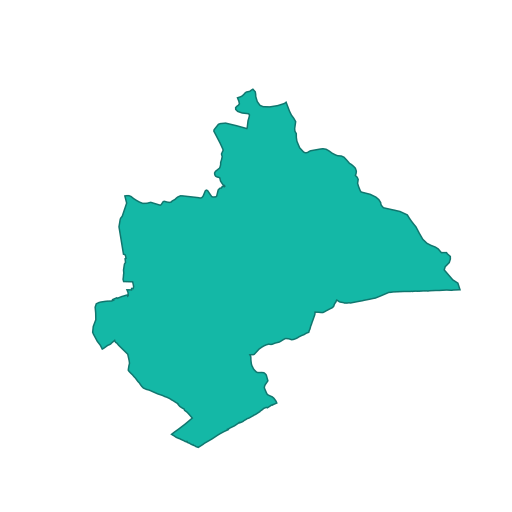 outline of Farliug, Caras-Severin, Romania, rotated 158°
{"feature_id": "2599482B98353874095060", "entity_name": "Farliug", "entity_type": "district", "adm_level": 2, "iso_a3": "ROU", "parent_name": "Romania", "parent_adm1": "Caras-Severin", "projection": "robinson", "projection_center": [21.876, 45.494], "detail": "fine", "context": "isolated", "style": "filled", "palette": "teal", "viewbox_px": 512, "rotation_deg": 158, "n_neighbors": 0, "source": "geoboundaries", "source_scale": "gbopen_adm2", "svg_char_len": 6110}
<svg xmlns="http://www.w3.org/2000/svg" viewBox="0 0 512 512"><g transform="rotate(158 256 256)"><path d="M213.9,409.6L213.9,405.9L214.4,403.3L215.8,402.4L217.6,402.0L219.3,401.2L219.9,399.5L218.8,396.9L215.3,393.8L209.6,390.7L209.2,389.3L210.1,387.7L212.7,384.4L216.0,378.4L216.8,377.6L225.4,384.2L234.4,390.6L239.4,392.1L241.5,392.2L247.5,388.8L248.3,387.6L247.0,374.2L246.7,367.8L246.8,366.4L249.8,363.5L250.1,360.8L251.8,358.3L253.7,356.0L254.6,353.9L255.9,352.1L256.9,351.1L261.8,349.7L263.2,348.6L263.6,347.6L263.7,346.8L263.7,345.9L263.5,345.1L262.4,343.8L261.0,342.8L260.3,341.9L260.8,338.9L260.5,337.0L259.8,334.0L259.0,333.4L258.8,332.7L258.8,332.3L259.2,332.1L259.6,332.9L260.3,333.0L260.5,332.7L261.4,333.0L262.2,332.2L262.6,332.0L263.8,332.3L264.3,332.3L266.3,331.4L270.0,326.3L271.1,325.9L273.6,326.7L274.6,327.4L274.9,327.9L276.4,334.8L277.4,335.7L278.6,335.4L282.3,331.6L283.3,330.9L284.5,330.4L286.0,330.6L287.6,331.7L301.5,339.2L303.5,340.1L306.5,340.0L308.2,339.5L309.9,338.8L313.2,338.4L314.5,337.8L316.2,338.1L318.4,339.4L320.4,341.0L321.6,341.2L324.6,339.2L325.7,338.9L333.5,345.2L337.3,345.7L341.3,347.2L343.8,349.6L346.0,352.3L347.9,355.0L349.6,358.0L351.2,359.5L351.6,359.7L353.3,360.4L355.1,360.8L356.1,353.5L365.1,343.0L367.4,341.7L368.3,340.6L372.1,334.4L378.2,307.3L377.3,306.6L376.9,305.9L376.9,305.1L377.4,302.5L378.4,302.5L379.4,298.9L381.0,297.8L384.1,292.6L385.1,289.4L385.6,288.7L386.9,286.1L388.0,284.2L388.3,281.9L380.1,278.3L380.3,276.5L380.9,273.5L382.1,271.8L383.5,272.5L384.1,271.2L388.3,273.0L388.3,270.1L389.3,267.1L390.0,266.9L389.6,268.0L391.3,268.3L394.0,268.5L395.6,268.7L400.4,268.7L400.7,269.4L405.1,269.3L404.7,268.4L406.9,268.4L411.0,269.9L413.1,270.5L417.4,271.5L419.2,271.7L422.0,271.5L424.3,268.8L426.0,263.2L428.4,256.9L433.3,251.6L436.0,246.5L436.0,244.4L435.1,236.3L433.8,231.7L433.4,227.3L431.7,227.5L426.9,228.7L425.0,228.7L423.6,228.9L422.6,229.4L418.7,230.7L418.8,230.0L418.5,228.6L418.4,228.3L417.8,227.7L417.1,225.7L416.9,224.9L411.7,213.0L412.8,206.5L413.3,204.5L413.6,203.7L414.9,201.9L416.6,199.1L417.2,198.0L417.1,197.3L416.8,196.3L415.9,194.0L415.0,192.1L414.3,189.8L413.6,188.2L412.5,183.9L411.6,181.7L411.4,180.3L410.8,178.0L409.9,175.8L407.5,173.3L405.8,172.1L405.0,171.4L398.8,165.0L395.0,161.8L392.9,159.5L392.0,158.9L390.0,156.8L388.7,155.2L388.4,154.5L387.0,152.9L385.5,150.7L383.8,148.4L383.7,148.2L383.9,147.8L383.0,145.1L382.4,144.2L381.9,143.5L381.1,142.3L380.1,141.4L380.0,139.6L378.8,137.7L378.2,136.5L377.2,133.8L375.8,129.6L384.6,126.7L393.0,124.4L397.2,123.4L401.1,122.3L400.4,121.3L399.2,119.8L398.2,118.2L397.7,117.5L396.9,116.8L396.6,116.4L395.3,115.2L395.0,115.1L394.5,114.3L391.7,111.4L391.2,110.6L390.4,110.0L389.6,110.0L389.4,109.9L389.6,109.0L388.5,107.9L387.7,107.3L387.2,106.4L385.8,104.8L385.2,104.7L385.3,104.4L385.2,104.2L383.7,102.8L383.1,101.8L381.9,100.8L381.6,100.5L381.2,100.5L381.1,100.2L375.6,101.2L375.1,101.4L373.8,101.7L365.2,102.9L358.9,104.2L355.9,104.7L351.5,105.2L347.0,105.4L347.2,106.0L346.2,106.0L344.3,106.3L339.6,106.6L334.9,107.6L334.0,108.0L333.4,107.9L333.3,107.7L333.4,107.4L331.3,107.4L330.0,107.5L328.8,107.9L326.4,108.2L325.4,108.5L323.0,108.4L319.4,108.9L318.1,109.0L317.9,109.1L317.7,109.3L317.0,109.2L315.6,109.3L311.6,110.1L310.8,110.2L310.6,110.4L310.2,110.6L307.5,111.2L306.0,111.8L303.3,111.8L302.8,111.5L302.4,111.0L298.4,111.7L297.9,112.0L297.2,111.8L296.7,112.0L296.5,111.6L295.5,111.8L291.8,111.9L291.8,113.0L291.9,114.3L292.7,117.4L293.7,119.3L296.7,122.4L297.4,123.6L297.5,124.3L297.6,125.3L297.7,129.9L297.6,130.7L297.5,131.1L296.4,132.6L295.1,133.6L291.9,135.7L291.7,136.0L291.1,141.7L291.2,142.4L292.1,144.4L292.9,145.1L294.5,145.9L297.6,147.1L298.5,147.6L299.1,148.3L300.2,150.9L300.6,152.2L300.9,156.0L300.7,157.7L300.1,160.1L299.5,162.1L299.0,163.3L298.6,164.5L298.6,165.6L298.7,166.7L295.3,165.5L294.5,165.5L287.9,168.6L284.9,169.3L282.3,169.7L279.2,169.8L278.4,169.6L277.3,169.6L275.7,168.6L274.6,168.2L273.6,168.1L271.0,168.1L266.8,167.5L265.0,167.7L262.9,168.1L260.0,168.5L259.0,168.2L256.5,166.9L254.3,165.0L252.6,164.6L250.8,164.5L249.5,164.5L248.0,164.6L246.9,164.9L243.2,165.2L241.1,165.1L238.2,165.6L235.7,165.5L234.5,167.0L233.4,168.0L231.1,171.1L230.8,171.2L229.6,172.6L228.8,173.6L227.4,175.1L223.7,179.3L223.2,180.0L222.3,181.8L219.2,180.5L217.0,179.3L215.7,178.7L214.9,178.5L212.7,178.7L211.6,178.9L210.3,179.0L207.4,179.3L205.8,179.4L204.6,179.5L203.6,179.9L202.9,180.2L201.3,182.0L200.5,182.6L199.2,183.4L198.5,184.2L197.6,184.9L195.8,182.3L195.4,181.9L192.5,180.1L191.2,179.0L190.3,178.8L189.4,178.3L187.3,177.8L185.9,177.0L184.6,176.8L184.2,176.7L179.5,175.8L173.7,174.6L172.6,174.5L167.1,173.4L162.4,172.6L161.3,172.3L156.0,172.3L146.2,172.5L145.6,172.1L142.3,171.3L132.4,167.8L126.2,165.3L125.0,165.0L124.0,164.4L123.2,164.3L121.1,163.6L119.4,162.8L118.5,162.5L118.0,162.2L117.0,162.0L116.0,161.6L114.1,161.0L111.0,159.8L109.7,159.1L107.9,158.7L102.5,156.8L99.0,155.4L92.1,153.1L87.4,150.9L86.0,150.6L79.5,148.3L79.0,155.2L82.5,160.2L86.7,172.6L84.6,175.2L79.3,177.5L76.9,180.4L76.0,182.8L77.8,186.3L78.1,187.8L82.9,189.7L84.4,194.3L86.4,197.1L89.8,200.3L92.8,203.8L95.1,209.0L96.1,216.0L96.8,223.1L97.9,226.6L98.9,230.2L99.7,233.8L100.3,237.4L105.9,243.4L119.8,253.0L120.8,256.0L120.8,257.4L120.4,258.8L121.0,262.3L122.8,265.7L127.0,270.4L134.5,275.9L134.9,277.4L134.9,278.1L134.9,281.7L134.6,285.3L132.6,288.7L132.7,291.1L133.7,293.4L132.4,294.9L131.4,296.6L131.2,297.2L131.0,300.2L131.7,302.0L132.5,303.7L133.4,305.3L134.6,306.8L135.9,310.7L137.4,314.6L139.4,316.7L142.9,318.5L144.4,319.9L147.0,322.9L148.8,325.9L151.0,328.7L153.8,330.4L156.4,331.1L165.9,333.1L167.2,333.1L169.0,332.7L170.3,332.8L171.5,333.1L172.9,334.5L175.0,340.0L175.1,347.1L174.2,350.8L172.8,354.4L173.2,357.1L172.4,359.7L168.9,365.7L169.4,369.5L170.4,373.4L170.7,377.6L170.5,387.3L171.8,386.9L173.1,386.8L179.6,387.3L187.4,389.1L193.5,391.8L195.9,394.2L197.0,398.7L196.5,403.9L195.7,406.2L195.2,408.5L196.4,411.8L198.3,411.5L200.0,411.0L203.3,411.6L204.7,411.4L206.7,410.4L208.8,409.6L210.5,409.4L213.9,409.6Z" fill="#14b8a6" stroke="#0f766e" stroke-width="1.5"/></g></svg>